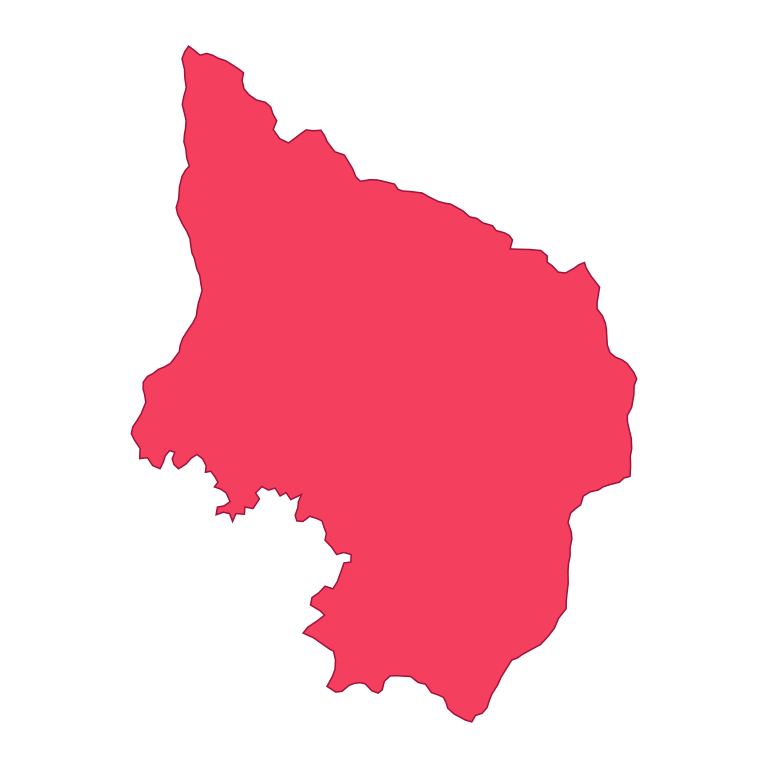 the district of Luís Antônio, São Paulo, Brazil
{"feature_id": "56859067B15496650463399", "entity_name": "Luís Antônio", "entity_type": "district", "adm_level": 2, "iso_a3": "BRA", "parent_name": "Brazil", "parent_adm1": "São Paulo", "projection": "robinson", "projection_center": [-47.801, -21.547], "detail": "fine", "context": "isolated", "style": "filled", "palette": "rose", "viewbox_px": 768, "rotation_deg": 0, "n_neighbors": 0, "source": "geoboundaries", "source_scale": "gbopen_adm2", "svg_char_len": 3628}
<svg xmlns="http://www.w3.org/2000/svg" viewBox="0 0 768 768"><path d="M188.6,46.1L184.7,51.8L182.0,58.8L184.5,69.3L184.9,78.2L186.3,87.6L183.7,96.9L182.3,104.6L184.4,113.1L186.1,120.4L185.6,128.1L184.5,134.2L183.9,141.9L185.8,148.6L186.7,157.7L189.3,166.1L185.6,170.1L182.1,176.2L179.5,186.7L178.7,199.0L176.2,207.6L177.7,214.2L182.3,223.8L186.7,231.2L190.0,238.7L190.8,245.8L191.9,252.9L194.4,258.4L196.6,268.1L199.8,275.8L200.9,283.8L202.1,290.4L200.4,296.7L198.6,302.3L197.2,309.2L196.3,316.1L193.3,322.2L186.2,332.7L182.6,338.6L180.1,345.7L179.3,351.6L175.8,356.4L170.5,363.4L164.4,366.9L158.3,369.4L152.9,373.6L147.4,376.5L143.3,382.1L143.1,389.1L144.7,394.9L145.8,402.4L141.1,413.9L136.7,421.1L132.9,426.7L131.3,433.6L134.6,440.3L140.1,448.5L139.7,458.6L147.5,457.7L152.7,465.6L160.1,468.7L163.4,461.8L165.3,455.7L169.7,450.6L174.8,452.3L172.2,458.9L173.9,464.4L178.5,468.8L186.0,464.0L191.3,458.1L196.9,454.5L202.6,458.7L206.2,465.9L205.4,472.3L210.9,471.3L214.9,476.7L217.9,482.2L214.4,486.9L220.7,489.1L226.2,492.9L230.1,501.7L224.0,505.9L217.4,507.1L216.1,514.8L223.3,512.2L229.6,513.6L232.6,521.5L235.9,513.6L244.4,514.2L244.9,507.1L253.1,508.5L259.4,498.9L255.6,492.9L261.9,486.6L268.5,490.1L275.1,488.1L280.1,496.0L286.1,492.6L290.8,499.6L301.5,494.5L298.4,501.7L297.9,507.5L295.2,515.4L296.8,520.9L302.9,521.5L309.7,516.3L316.3,518.3L322.0,520.9L324.3,528.0L326.4,533.5L325.0,540.2L331.6,547.1L336.6,554.5L343.7,552.5L351.1,554.5L350.9,562.0L343.9,563.0L341.0,571.6L337.4,581.5L333.0,588.8L325.0,586.2L318.8,592.8L312.0,597.5L310.5,605.0L319.9,610.6L324.6,615.1L317.9,620.4L307.8,627.2L303.1,633.1L313.2,637.6L320.1,642.4L329.0,648.7L333.6,651.3L335.5,660.1L335.0,669.4L332.5,676.3L327.0,686.4L335.8,692.1L342.0,691.3L349.0,685.4L354.6,683.3L360.2,682.7L365.1,683.8L372.0,690.9L378.1,693.1L382.2,689.9L384.4,681.1L390.3,675.9L396.7,675.7L410.7,676.5L418.0,682.4L425.5,684.2L431.3,692.5L438.4,695.0L443.4,697.3L446.1,702.6L447.8,708.3L454.1,714.0L465.5,720.1L471.8,721.9L475.5,715.4L482.0,713.4L487.0,707.7L489.2,700.8L491.6,694.5L497.7,684.8L501.0,677.3L506.7,668.1L511.7,660.1L517.5,657.9L522.4,654.4L527.1,651.8L533.3,648.4L540.5,644.5L544.6,640.2L548.7,635.6L554.3,628.3L558.6,618.2L566.1,608.7L566.3,600.1L567.3,590.6L568.2,583.6L568.0,571.3L568.5,563.9L570.1,555.7L570.1,547.8L571.9,538.6L571.3,532.2L568.0,522.5L570.5,513.2L575.6,508.5L580.6,504.9L583.3,496.1L590.1,491.9L598.4,490.0L603.1,486.9L609.9,484.6L619.4,482.2L624.0,478.0L630.0,476.4L630.6,466.0L630.3,456.3L631.7,448.5L631.3,438.4L629.2,429.7L627.5,422.2L627.3,415.5L631.7,407.2L633.9,394.5L634.1,385.6L636.7,378.9L633.9,372.6L627.1,363.5L622.2,360.0L615.2,357.0L610.0,352.6L607.3,345.1L606.4,329.5L605.4,323.2L602.4,315.9L597.1,308.8L597.1,302.1L599.6,287.2L590.8,275.8L586.1,267.9L584.5,262.5L578.8,264.8L573.7,268.5L565.5,273.0L558.2,272.1L552.1,265.7L547.2,262.2L547.2,255.9L540.8,250.5L529.3,249.5L516.9,249.2L510.1,248.9L512.5,240.0L509.3,235.5L504.1,232.7L496.2,230.6L492.5,225.7L482.6,222.8L476.9,218.4L469.5,216.8L463.2,211.1L450.6,204.1L444.5,203.1L437.9,201.3L428.8,196.8L422.2,193.0L410.4,191.5L403.3,191.1L398.1,189.5L394.5,184.1L386.3,182.0L377.5,180.0L369.8,179.7L360.4,181.3L355.8,176.8L352.7,168.9L347.9,160.9L344.3,155.0L334.9,151.8L330.9,146.7L327.2,141.7L324.5,135.6L320.9,130.2L313.2,130.8L306.2,129.9L300.4,134.0L294.3,138.7L288.5,142.9L279.7,138.7L273.2,129.5L276.7,120.8L272.9,114.0L270.7,107.0L265.4,102.3L256.4,100.0L248.9,94.7L244.0,88.9L242.1,80.3L243.5,72.8L238.9,69.2L234.2,66.1L225.6,60.7L218.0,58.2L213.0,55.4L206.7,53.4L200.1,55.2L194.1,50.2L188.6,46.1Z" fill="#f43f5e" stroke="#9f1239" stroke-width="1.5"/></svg>